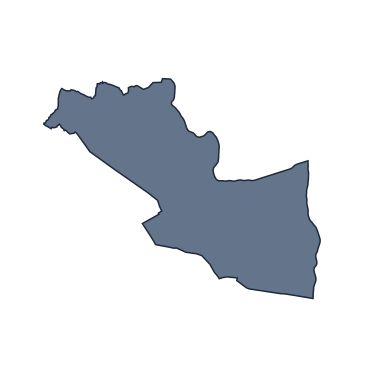 Jimaní, Independencia, Dominican Republic, rotated 342°
{"feature_id": "3306468B8700472779567", "entity_name": "Jimaní", "entity_type": "district", "adm_level": 2, "iso_a3": "DOM", "parent_name": "Dominican Republic", "parent_adm1": "Independencia", "projection": "equal_earth", "projection_center": [-71.817, 18.503], "detail": "fine", "context": "isolated", "style": "filled", "palette": "slate", "viewbox_px": 384, "rotation_deg": 342, "n_neighbors": 0, "source": "geoboundaries", "source_scale": "gbopen_adm2", "svg_char_len": 4609}
<svg xmlns="http://www.w3.org/2000/svg" viewBox="0 0 384 384"><g transform="rotate(342 192 192)"><path d="M312.0,198.2L303.9,198.0L301.2,198.0L299.5,198.1L298.4,198.3L297.4,198.6L295.6,199.6L294.6,200.0L293.5,200.3L291.8,200.4L266.6,200.2L256.4,200.2L254.7,200.1L253.2,199.9L252.2,199.6L250.2,198.4L249.3,198.0L248.3,197.8L245.8,197.4L244.8,197.1L243.9,196.7L242.4,195.8L241.5,195.4L240.0,195.1L236.9,194.9L235.4,194.7L234.5,194.4L232.5,193.3L231.6,192.9L230.6,192.6L227.6,192.1L226.6,191.8L224.2,190.6L221.6,189.8L220.7,189.4L220.0,188.8L219.4,188.0L219.1,187.5L218.9,187.0L218.6,185.8L218.4,184.6L218.3,183.3L218.3,181.3L218.4,180.0L218.6,178.7L218.9,177.5L219.4,176.6L220.0,175.8L220.3,175.5L221.1,174.9L222.7,174.0L225.2,172.2L225.9,171.6L226.4,170.8L227.7,168.1L228.1,167.2L228.8,165.0L230.0,162.2L230.7,160.1L231.8,157.6L232.1,156.5L232.3,154.6L232.4,152.6L232.4,150.7L232.2,148.7L232.1,148.1L231.8,146.9L230.8,144.5L230.1,142.4L229.9,142.0L229.3,141.1L228.6,140.5L228.2,140.2L227.3,139.9L225.9,139.8L225.0,140.0L224.6,140.2L222.3,141.6L220.9,142.1L219.5,142.3L217.6,142.3L216.1,142.1L215.2,141.9L214.4,141.4L214.1,141.0L213.4,140.3L212.9,139.4L212.2,137.4L211.4,136.2L210.4,135.2L208.9,134.2L208.2,133.5L207.6,132.7L207.2,131.8L206.9,130.6L206.7,129.4L206.7,122.2L206.5,120.9L206.3,119.7L205.2,116.7L205.0,115.6L204.5,112.7L204.2,111.7L203.1,109.3L202.4,107.2L201.8,106.2L200.1,103.5L199.8,102.5L199.7,102.0L199.8,101.5L200.0,101.0L200.4,100.3L201.0,99.7L202.9,98.6L203.5,97.9L204.1,97.1L204.6,96.2L205.2,94.7L206.4,91.8L207.2,89.7L208.0,87.8L208.3,86.8L208.5,86.2L208.6,85.0L208.6,83.8L208.5,82.7L208.3,82.1L207.9,81.1L206.5,78.0L200.2,75.5L198.9,75.1L196.7,78.2L188.7,75.9L183.0,79.1L177.6,79.4L173.4,74.6L172.3,73.7L171.0,73.5L169.8,74.1L167.0,72.8L163.8,73.1L162.8,76.3L161.5,78.1L160.0,78.1L159.8,78.1L159.4,78.1L159.2,78.1L157.1,78.8L156.6,78.1L156.4,76.5L156.1,73.9L155.3,73.2L154.8,70.8L154.8,70.5L153.6,69.5L149.1,65.6L146.7,63.9L145.9,63.9L144.6,62.2L142.8,60.8L141.5,60.8L141.0,59.8L140.5,60.8L139.7,59.8L138.4,59.8L137.4,60.8L136.1,59.8L135.3,59.8L135.1,60.3L134.8,60.9L134.3,62.2L134.2,62.4L133.5,63.3L133.0,63.3L131.2,67.4L129.9,70.5L129.1,70.5L126.7,72.3L125.4,72.3L124.9,70.5L122.9,69.9L121.0,68.1L118.7,65.7L116.6,64.0L115.7,62.8L114.3,60.9L113.4,60.9L113.0,60.9L112.2,59.9L111.7,59.2L110.7,58.6L109.9,58.1L108.6,57.5L108.0,57.5L107.9,57.6L107.3,58.2L103.6,56.8L102.6,56.0L102.3,55.7L101.8,55.1L100.8,54.1L100.0,53.3L97.4,55.7L95.8,58.3L93.8,61.6L93.0,64.1L91.2,69.3L89.4,71.7L88.1,71.7L87.3,72.1L87.0,72.2L86.2,73.3L83.4,74.5L83.2,74.8L82.7,74.8L81.9,74.8L81.6,75.3L81.3,75.8L81.0,75.8L79.8,76.9L78.9,76.9L78.7,77.6L78.2,78.3L76.9,79.0L75.6,79.0L75.4,79.4L74.0,81.0L72.5,80.7L72.0,81.7L72.5,82.4L73.8,84.2L74.5,84.8L75.6,85.9L76.5,87.0L77.5,88.3L78.8,87.2L79.2,87.5L80.6,88.3L80.9,88.3L83.7,88.3L84.5,87.2L85.5,87.2L86.8,86.5L87.6,88.3L87.6,90.0L89.4,92.4L89.4,94.1L90.7,94.1L91.7,95.5L92.5,97.2L93.8,99.0L98.0,99.6L98.8,99.2L99.3,98.9L100.6,100.7L101.6,103.8L101.8,104.5L105.5,116.1L107.0,120.9L107.0,121.0L107.3,122.1L108.6,123.8L125.0,146.2L150.0,179.3L155.0,186.8L156.7,189.3L156.7,195.9L157.3,200.7L154.7,201.4L153.5,201.7L153.4,201.8L153.5,203.0L135.1,206.7L136.8,213.2L139.0,221.3L139.3,222.5L140.6,227.9L140.6,228.2L141.2,230.8L145.6,233.3L153.2,237.4L156.8,239.5L157.3,239.8L159.5,240.4L159.9,240.5L160.6,241.1L163.0,243.2L167.5,247.4L177.3,252.2L181.1,255.1L181.7,255.6L186.7,266.3L188.0,272.9L188.5,275.3L190.6,280.5L191.1,282.9L194.8,282.9L199.2,283.6L203.7,285.6L208.5,287.7L207.2,290.1L211.1,295.6L214.3,300.1L216.6,301.9L244.7,316.0L249.1,317.7L255.7,321.1L274.2,330.7L275.2,328.0L275.9,325.9L277.2,323.0L278.0,320.9L278.5,319.9L279.2,318.9L282.0,315.1L282.6,314.1L283.0,313.0L283.3,311.8L283.4,310.6L283.5,306.4L283.6,305.2L283.8,304.0L283.9,303.5L284.4,302.6L285.0,301.8L285.7,301.2L286.8,300.5L287.6,300.0L288.2,299.3L288.5,298.8L288.9,297.9L289.2,296.8L289.6,292.1L289.9,291.0L290.1,290.5L290.6,289.7L291.1,288.9L292.7,287.5L293.0,287.1L293.9,285.3L294.6,284.4L297.7,280.2L298.3,279.2L298.8,278.0L299.0,277.4L299.2,276.2L299.3,274.3L299.3,268.4L299.1,265.2L299.0,264.0L298.6,262.9L297.6,260.5L296.9,258.4L295.8,256.0L295.5,254.9L295.3,253.7L295.3,252.5L295.3,250.7L295.4,249.5L295.7,248.3L296.6,245.9L296.9,244.8L297.1,243.7L297.4,240.1L297.6,238.9L297.8,237.8L298.7,235.4L299.0,234.2L299.4,231.9L299.6,230.8L300.8,227.9L301.5,225.8L302.4,224.3L303.9,221.9L304.5,220.9L304.9,219.9L305.5,218.3L306.8,215.4L307.5,213.3L308.6,210.4L308.9,209.3L309.2,207.0L309.5,205.8L310.6,202.9L311.3,200.1L312.0,198.2Z" fill="#64748b" stroke="#1e293b" stroke-width="1.5"/></g></svg>